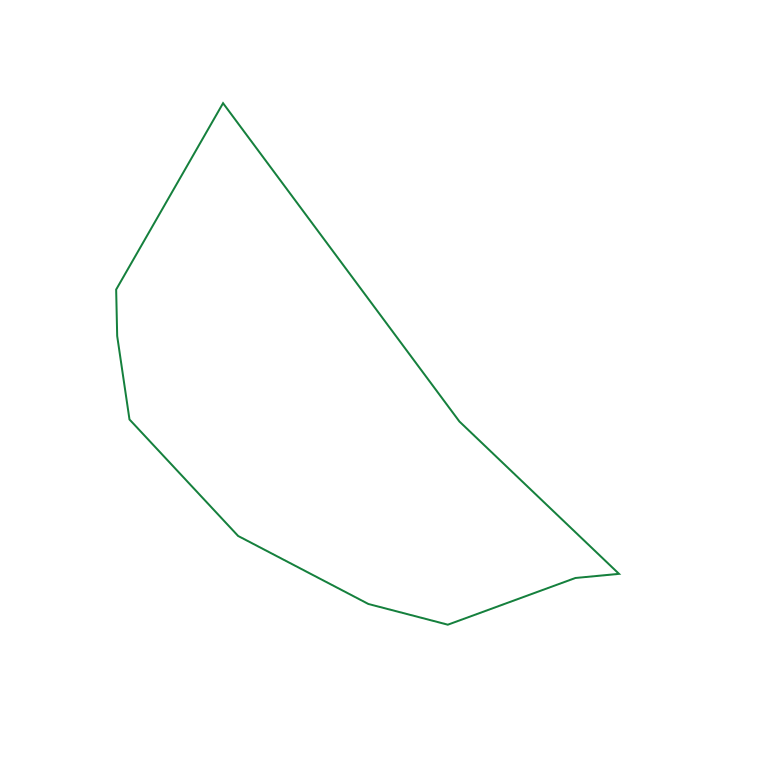 the border of Port of Spain, rotated 199°
{"feature_id": "TTO-64", "entity_name": "Port of Spain", "entity_type": "City", "adm_level": 1, "iso_a3": "TTO", "parent_name": "Trinidad and Tobago", "parent_adm1": "", "projection": "orthographic", "projection_center": [-61.515, 10.657], "detail": "fine", "context": "isolated", "style": "outline", "palette": "green", "viewbox_px": 768, "rotation_deg": 199, "n_neighbors": 0, "source": "natural_earth", "source_scale": "10m", "svg_char_len": 298}
<svg xmlns="http://www.w3.org/2000/svg" viewBox="0 0 768 768"><g transform="rotate(199 384 384)"><path d="M627.6,597.1L300.5,373.1L100.0,281.0L139.9,262.9L245.3,177.2L327.1,170.9L472.4,192.8L613.1,267.6L651.9,342.5L668.0,386.1L627.6,597.1Z" fill="none" stroke="#15803d" stroke-width="2"/></g></svg>